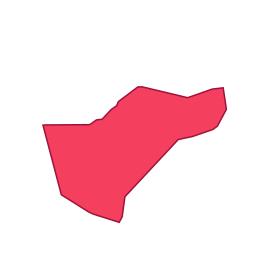 outline of Dowletli, Chardzhou, Turkmenistan, rotated 223°
{"feature_id": "10190150B29958547271775", "entity_name": "Dowletli", "entity_type": "district", "adm_level": 2, "iso_a3": "TKM", "parent_name": "Turkmenistan", "parent_adm1": "Chardzhou", "projection": "robinson", "projection_center": [63.503, 39.056], "detail": "fine", "context": "isolated", "style": "filled", "palette": "rose", "viewbox_px": 256, "rotation_deg": 223, "n_neighbors": 0, "source": "geoboundaries", "source_scale": "gbopen_adm2", "svg_char_len": 495}
<svg xmlns="http://www.w3.org/2000/svg" viewBox="0 0 256 256"><g transform="rotate(223 128 128)"><path d="M131.2,33.7L99.7,39.7L94.5,41.4L70.1,53.0L71.7,59.1L83.4,75.7L83.4,125.0L83.4,146.5L83.4,149.8L83.4,153.8L75.0,165.8L64.9,184.9L63.9,190.3L68.8,208.8L85.8,222.3L93.0,213.8L105.1,190.8L145.5,167.9L148.8,164.8L152.9,141.5L152.9,140.3L151.5,136.5L152.9,130.0L152.9,116.8L156.6,112.4L158.3,104.3L190.6,73.8L192.1,72.1L131.2,33.7Z" fill="#f43f5e" stroke="#9f1239" stroke-width="1.5"/></g></svg>